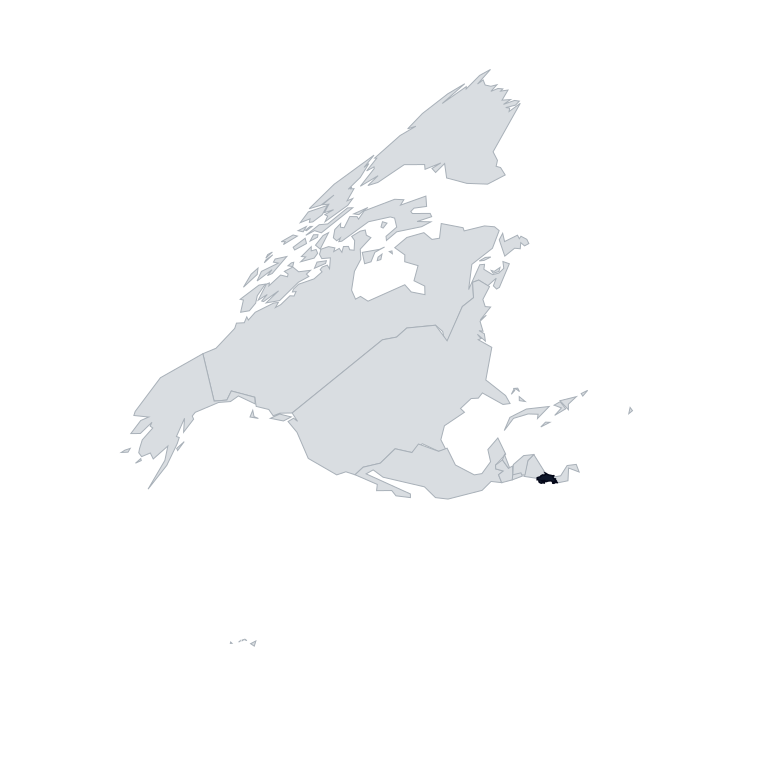 Costa Rica on a map of North America (Robinson projection), rotated 322°
{"feature_id": "CRI", "entity_name": "Costa Rica", "entity_type": "country or territory", "adm_level": 0, "iso_a3": "CRI", "parent_name": "North America", "parent_adm1": "", "projection": "robinson", "projection_center": [-84.032, 9.63], "detail": "fine", "context": "in_parent", "style": "filled", "palette": "ink", "viewbox_px": 768, "rotation_deg": 322, "n_neighbors": 17, "source": "natural_earth", "source_scale": "50m", "svg_char_len": 10541}
<svg xmlns="http://www.w3.org/2000/svg" viewBox="0 0 768 768"><g transform="rotate(322 384 384)"><path d="M293.8,350.3L284.0,342.9L277.1,340.8L277.5,333.1L269.5,323.0L274.0,314.8L259.4,295.5L250.3,299.9L239.6,292.9L259.9,248.6L273.6,252.4L300.6,248.3L305.2,245.2L311.6,249.7L317.2,246.6L316.5,250.1L326.7,248.2L346.9,252.3L350.9,254.7L345.5,256.9L351.5,257.9L364.2,256.6L367.3,259.3L371.6,257.0L368.5,255.1L371.0,253.5L378.1,252.8L393.6,258.1L404.2,257.5L404.1,254.6L407.3,253.8L412.5,255.4L412.0,259.7L419.4,251.6L412.2,246.9L413.0,242.1L417.4,239.0L424.9,241.6L429.1,246.5L425.9,248.7L432.2,249.6L431.9,254.3L436.7,250.7L440.7,253.7L439.6,257.1L442.8,260.2L449.2,252.9L449.4,247.8L459.3,248.9L464.0,251.1L461.7,255.9L463.8,260.6L448.3,263.1L442.6,271.4L430.1,277.0L416.2,290.1L413.8,299.6L419.4,300.5L422.4,308.9L461.5,318.6L462.1,328.2L471.3,338.8L476.4,331.9L471.2,321.1L483.7,311.7L475.6,300.4L479.9,295.1L476.4,283.2L492.2,282.6L508.6,289.3L510.8,299.6L517.5,303.3L527.9,292.8L542.5,309.5L541.4,312.7L560.5,321.3L567.9,328.2L569.2,334.0L553.0,343.8L526.9,343.8L508.8,361.7L532.9,349.0L536.9,351.6L533.3,355.1L536.9,364.7L542.7,367.3L549.6,366.6L553.1,360.7L556.8,366.4L534.4,378.9L531.2,378.5L530.6,374.0L537.6,369.7L526.2,370.5L522.6,360.4L516.4,358.4L507.7,371.1L493.4,371.2L461.4,388.8L458.3,387.2L462.6,378.8L460.8,369.4L436.4,353.9L422.8,354.8L410.0,348.2L293.8,350.3ZM454.6,282.6L457.4,280.4L462.4,280.4L458.1,284.0L454.6,282.6ZM468.5,235.1L464.9,231.3L480.0,235.0L473.0,234.8L468.5,235.1ZM470.8,286.5L469.7,282.9L472.2,284.0L470.8,286.5ZM423.9,225.7L422.0,227.4L413.7,225.9L420.3,223.0L423.9,225.7ZM424.4,215.6L417.3,215.5L416.7,214.4L422.8,214.4L424.4,215.6ZM410.7,210.3L419.7,212.1L414.0,214.3L410.7,210.3ZM467.9,225.9L427.7,226.3L423.7,220.4L413.9,218.7L431.0,218.6L438.2,223.2L463.7,222.8L467.9,225.9ZM367.3,213.5L375.9,213.7L364.3,214.8L367.3,213.5ZM372.1,210.4L377.3,211.3L368.3,212.1L372.1,210.4ZM570.3,338.3L566.7,346.0L580.8,348.9L580.1,352.8L582.9,351.9L585.6,357.9L584.6,362.5L579.8,361.7L578.8,356.8L574.6,361.3L570.5,357.4L557.9,357.6L563.6,341.3L570.3,338.3ZM447.9,266.9L463.5,275.2L468.8,276.4L457.9,274.6L449.0,279.7L442.8,277.3L447.9,266.9ZM465.4,238.4L474.9,235.4L506.1,245.0L513.1,251.0L507.1,253.2L532.7,261.7L526.9,270.3L515.9,263.9L511.4,264.5L511.3,267.1L525.4,278.0L524.6,281.5L510.1,276.3L520.8,285.1L510.5,283.2L487.7,271.9L474.3,272.4L476.5,268.9L490.6,268.2L494.5,259.8L491.8,256.2L471.7,246.6L438.7,245.5L436.0,244.0L439.6,242.0L434.9,242.0L434.1,237.6L440.3,232.0L448.7,230.8L446.2,233.6L448.8,236.3L460.1,231.0L465.8,235.5L465.4,238.4ZM415.5,232.4L427.4,229.5L433.5,230.6L416.8,238.4L415.5,232.4ZM332.8,221.2L346.9,215.7L356.1,215.1L351.5,219.6L332.8,221.2ZM258.1,327.5L264.4,323.9L261.5,329.7L263.8,333.8L258.1,327.5ZM390.6,208.6L404.1,210.6L406.8,214.1L390.6,212.2L393.8,211.0L390.6,208.6ZM290.6,352.8L282.0,351.2L273.3,341.1L283.3,343.5L290.6,352.8ZM322.8,228.7L346.4,229.1L352.0,232.2L338.5,236.4L332.6,241.3L323.0,243.4L315.2,239.2L324.9,231.3L322.8,228.7ZM375.2,218.5L385.9,223.7L363.9,228.1L358.9,226.8L366.2,225.0L347.4,224.7L356.7,219.8L375.2,223.7L371.9,219.9L375.2,218.5ZM374.8,233.9L384.2,235.7L385.8,243.0L396.1,249.2L390.5,249.6L391.0,253.0L379.1,251.1L353.1,254.0L341.0,247.5L358.3,245.7L339.9,244.9L338.7,243.3L347.1,241.6L336.4,240.5L352.8,232.9L355.9,233.8L353.7,235.8L369.6,234.5L374.0,240.1L376.1,238.3L374.8,233.9ZM400.5,235.6L397.4,232.7L411.2,231.0L408.6,234.3L413.3,236.2L412.2,240.1L406.5,241.8L393.6,236.4L400.5,235.6ZM381.1,231.7L385.5,231.5L387.8,232.5L384.3,235.3L381.1,231.7ZM396.6,220.3L411.6,220.6L409.4,225.6L396.1,223.4L396.6,220.3ZM417.3,205.3L430.3,201.8L449.2,208.4L439.3,212.6L427.7,212.4L424.7,210.7L427.4,208.3L417.3,205.3ZM432.9,199.8L467.7,195.9L517.1,197.5L501.6,201.0L507.8,201.0L492.5,206.6L475.7,208.5L479.9,209.0L477.9,209.7L480.6,211.6L467.7,216.9L473.6,218.6L465.4,220.9L437.5,219.8L443.0,217.0L441.6,214.1L451.6,215.6L442.6,212.3L451.3,208.4L446.0,205.0L460.9,204.3L444.1,204.2L432.9,199.8ZM485.4,259.1L479.3,260.6L478.3,258.4L482.7,255.2L485.4,259.1ZM406.3,246.7L414.5,251.4L412.2,253.0L400.4,250.0L406.3,246.7ZM534.8,345.7L541.7,346.6L546.4,349.7L538.9,348.2L534.8,345.7ZM538.4,360.5L540.2,363.1L547.2,363.6L543.8,366.1L538.2,363.9L538.4,360.5Z" fill="#d9dde1" stroke="#a8b0b8" stroke-width="1"/><path d="M293.8,350.3L410.0,348.2L422.8,354.8L436.4,353.9L460.8,369.4L460.3,388.8L493.4,371.2L507.7,371.1L516.4,358.4L522.6,360.4L527.1,372.2L514.0,378.2L511.4,385.3L515.4,389.0L499.3,392.8L507.0,392.8L498.3,393.7L494.5,403.4L491.7,400.4L494.0,406.2L490.3,412.6L488.2,402.3L488.4,408.0L485.5,407.1L491.5,421.5L466.7,443.5L472.7,468.0L471.3,477.0L465.2,473.4L456.0,451.6L449.6,453.2L443.7,449.1L429.2,450.4L430.0,455.8L405.9,454.1L394.5,462.9L392.4,473.6L385.6,470.7L377.4,454.6L363.8,455.2L352.9,441.9L332.3,444.1L316.3,436.7L305.3,437.7L299.9,429.7L290.8,426.5L278.5,396.0L285.7,368.5L285.3,354.5L291.7,355.3L292.9,360.2L293.8,350.3ZM259.9,248.6L239.6,292.9L250.3,299.9L259.4,295.5L274.0,314.8L270.2,320.4L261.9,303.8L252.2,303.3L242.3,296.7L217.8,290.1L213.2,291.2L212.3,294.5L196.4,298.6L205.7,288.2L188.1,297.6L189.7,300.1L184.3,303.7L162.7,314.4L133.3,321.6L164.3,309.3L175.5,299.8L156.0,301.0L157.4,294.5L148.3,292.0L148.4,287.2L151.6,284.4L159.1,279.2L174.7,276.3L173.8,273.2L177.6,271.3L161.5,273.0L154.0,267.2L169.8,263.0L178.3,265.2L167.5,254.8L171.1,252.4L211.7,241.4L259.9,248.6ZM134.8,276.2L139.1,276.6L144.4,278.5L140.3,280.1L134.8,276.2ZM119.0,506.5L124.8,507.6L120.4,510.7L119.0,506.5ZM117.3,499.5L118.0,501.8L116.8,499.9L117.3,499.5ZM114.5,498.4L116.5,499.2L114.1,499.0L114.5,498.4ZM110.5,497.9L112.7,497.8L112.4,498.1L110.5,497.9ZM104.3,492.9L104.6,494.8L103.2,493.8L104.3,492.9ZM139.4,293.4L146.4,293.0L145.6,294.9L139.4,293.4ZM181.0,307.1L191.1,306.4L180.4,309.4L181.0,307.1Z" fill="#d9dde1" stroke="#a8b0b8" stroke-width="1"/><path d="M511.9,506.4L512.0,515.4L499.2,513.8L509.1,512.1L505.0,505.4L511.9,506.4Z" fill="#d9dde1" stroke="#a8b0b8" stroke-width="1"/><path d="M513.5,517.8L512.4,505.5L527.8,512.4L516.8,513.4L513.5,517.8Z" fill="#d9dde1" stroke="#a8b0b8" stroke-width="1"/><path d="M478.0,470.5L482.9,468.2L483.0,469.6L478.0,470.5ZM483.1,467.1L486.8,469.6L486.1,473.4L485.2,469.9L483.1,467.1ZM480.4,480.4L482.8,477.2L484.5,484.7L480.4,480.4Z" fill="#d9dde1" stroke="#a8b0b8" stroke-width="1"/><path d="M559.7,197.5L580.7,194.5L612.8,194.6L632.5,197.1L602.6,198.8L631.9,200.3L630.4,202.1L649.4,199.7L661.6,201.7L642.4,205.2L649.3,205.4L647.8,210.7L651.5,215.2L657.2,217.7L648.4,219.2L655.8,221.3L659.3,224.6L656.2,225.0L662.7,228.7L651.8,233.0L658.9,237.8L650.3,237.2L661.4,240.9L664.8,244.4L659.3,245.2L650.1,241.1L652.9,244.0L650.3,246.3L664.2,246.7L612.9,268.2L611.1,277.6L606.4,281.5L609.1,285.2L608.2,293.9L588.7,290.3L572.8,276.9L560.2,260.2L567.5,247.6L554.9,249.1L554.5,243.7L564.9,244.8L548.5,240.1L551.1,236.1L535.0,223.6L503.2,221.4L493.5,217.7L507.6,216.2L487.1,213.6L509.0,208.2L509.8,206.8L501.5,205.4L517.3,201.6L515.7,200.2L549.7,198.1L567.8,200.5L559.7,197.5Z" fill="#d9dde1" stroke="#a8b0b8" stroke-width="1"/><path d="M305.3,437.7L316.3,436.7L332.3,444.1L352.9,441.9L363.8,455.2L374.2,452.5L385.6,470.7L394.2,473.4L390.4,491.8L399.2,511.2L406.0,514.9L420.1,510.9L425.5,499.6L440.5,496.6L436.7,514.2L421.9,516.6L419.8,519.7L424.4,526.0L418.4,526.0L416.0,534.2L408.4,526.7L395.8,528.2L363.6,514.1L354.6,505.2L352.6,490.0L325.9,456.9L322.6,445.0L314.6,443.8L337.1,486.9L334.9,489.8L324.6,479.5L324.5,472.7L312.5,463.5L316.9,459.0L305.3,437.7Z" fill="#d9dde1" stroke="#a8b0b8" stroke-width="1"/><path d="M486.0,565.7L483.6,573.5L477.7,563.9L469.4,573.5L460.1,568.9L459.7,561.4L466.7,565.1L478.1,561.0L486.0,565.7Z" fill="#d9dde1" stroke="#a8b0b8" stroke-width="1"/><path d="M456.3,553.5L446.6,552.7L437.4,542.9L450.3,532.9L458.6,531.8L456.3,553.5Z" fill="#d9dde1" stroke="#a8b0b8" stroke-width="1"/><path d="M458.6,531.8L450.3,532.9L439.1,542.5L429.5,534.8L436.4,527.1L450.0,526.4L458.6,531.8Z" fill="#d9dde1" stroke="#a8b0b8" stroke-width="1"/><path d="M429.5,534.8L437.2,538.3L436.3,541.7L426.0,538.5L429.5,534.8Z" fill="#d9dde1" stroke="#a8b0b8" stroke-width="1"/><path d="M416.0,534.2L418.4,526.0L424.4,526.0L419.8,519.7L421.9,516.6L430.6,516.7L430.2,527.0L434.8,527.8L429.5,534.8L426.0,538.5L416.0,534.2Z" fill="#d9dde1" stroke="#a8b0b8" stroke-width="1"/><path d="M430.6,516.7L435.5,513.8L431.5,527.0L430.2,527.0L430.6,516.7Z" fill="#d9dde1" stroke="#a8b0b8" stroke-width="1"/><path d="M533.5,512.9L540.6,514.4L533.2,515.9L533.5,512.9Z" fill="#d9dde1" stroke="#a8b0b8" stroke-width="1"/><path d="M481.1,514.4L487.8,513.5L491.1,516.3L481.1,514.4Z" fill="#d9dde1" stroke="#a8b0b8" stroke-width="1"/><path d="M462.7,487.8L480.8,491.4L500.3,503.4L483.7,505.7L486.8,502.7L479.1,496.3L464.9,490.8L450.1,494.7L462.7,487.8Z" fill="#d9dde1" stroke="#a8b0b8" stroke-width="1"/><path d="M558.6,558.1L563.5,554.0L563.4,558.0L558.6,558.1Z" fill="#d9dde1" stroke="#a8b0b8" stroke-width="1"/><path d="M461.4,560.8L461.3,561.0L461.2,561.1L460.7,561.0L460.3,560.7L460.1,560.9L460.0,561.2L459.9,561.3L459.7,561.4L459.7,561.5L459.6,562.6L459.7,563.6L459.9,563.6L460.4,564.0L460.6,564.2L460.7,564.4L460.6,564.5L460.3,564.7L459.9,565.0L459.8,565.3L460.1,565.9L460.1,566.3L460.1,566.7L460.0,566.9L459.4,567.3L459.2,567.5L459.3,567.6L459.6,567.9L459.8,568.2L459.9,568.6L459.9,568.9L459.6,568.3L459.2,567.7L458.8,567.4L458.8,566.6L458.6,566.1L458.0,565.7L457.5,565.4L457.2,565.5L457.4,566.0L458.0,566.6L458.0,566.8L458.0,567.1L457.6,567.1L457.2,566.9L456.8,566.9L456.5,566.7L455.9,566.0L456.3,565.4L456.5,565.0L456.5,564.1L456.4,563.7L455.9,563.1L455.1,562.4L454.1,561.9L453.6,561.4L452.4,561.1L451.9,560.9L451.5,560.5L451.5,560.2L451.6,559.7L451.3,559.1L449.8,557.9L449.0,557.5L448.8,557.3L448.7,557.2L448.8,558.0L449.2,558.5L450.1,558.9L450.4,559.2L450.5,559.5L449.9,560.2L449.6,560.3L449.6,560.7L449.4,560.8L449.2,560.6L448.4,559.6L447.0,559.1L446.7,558.8L446.2,557.8L445.9,557.0L446.0,556.4L446.6,555.5L446.8,555.2L446.8,554.9L446.8,554.6L446.6,554.3L446.0,554.0L445.7,553.7L445.8,553.6L446.4,553.3L446.4,553.0L446.4,552.9L446.5,552.8L446.7,552.7L446.9,552.4L447.0,552.2L447.4,552.3L448.2,552.6L449.1,553.0L450.4,553.5L450.9,553.2L451.3,552.9L451.7,553.0L452.3,553.2L452.8,553.3L453.0,553.3L453.4,553.7L453.7,554.0L453.7,554.3L453.9,554.4L454.2,554.4L455.0,554.6L455.5,554.6L456.0,554.3L456.3,554.1L456.3,553.6L456.5,553.9L456.6,554.2L456.7,554.6L457.3,556.1L457.7,556.9L458.8,558.3L459.2,558.6L460.0,559.8L460.3,560.0L460.4,560.3L461.2,560.6L461.4,560.8Z" fill="#0f172a" stroke="#020617" stroke-width="1.5"/></g></svg>